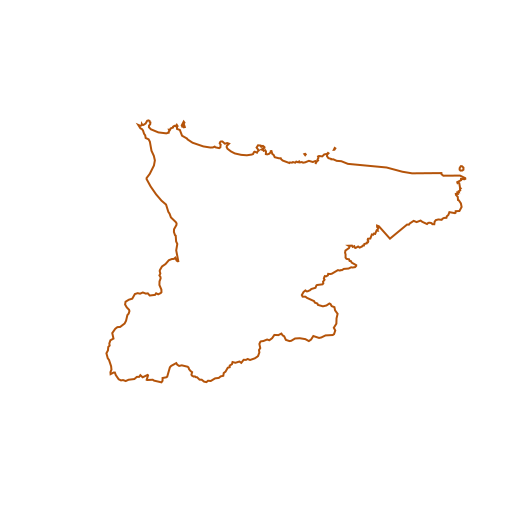 the district of Mandailing Natal, Sumatera Utara, Indonesia, rotated 116°
{"feature_id": "22746128B80893459197040", "entity_name": "Mandailing Natal", "entity_type": "district", "adm_level": 2, "iso_a3": "IDN", "parent_name": "Indonesia", "parent_adm1": "Sumatera Utara", "projection": "albers", "projection_center": [99.32, 0.78], "detail": "fine", "context": "isolated", "style": "outline", "palette": "amber", "viewbox_px": 512, "rotation_deg": 116, "n_neighbors": 0, "source": "geoboundaries", "source_scale": "gbopen_adm2", "svg_char_len": 6147}
<svg xmlns="http://www.w3.org/2000/svg" viewBox="0 0 512 512"><g transform="rotate(116 256 256)"><path d="M292.0,151.6L288.2,152.1L286.4,154.6L281.6,154.1L276.7,156.3L272.2,157.3L270.2,161.1L267.6,163.1L267.9,166.0L266.5,168.0L266.5,169.2L269.6,171.0L271.9,173.8L272.8,178.9L271.8,180.0L272.1,182.7L271.1,184.0L271.3,191.9L270.9,193.7L272.1,196.3L271.0,197.7L267.6,197.5L265.3,196.5L265.6,195.0L265.1,194.1L263.0,192.4L261.4,191.8L258.5,188.6L256.0,188.8L255.3,188.4L252.3,183.8L251.1,183.5L249.7,184.5L247.3,184.0L246.6,185.1L244.7,185.4L243.8,185.3L243.6,184.1L241.9,182.9L240.4,183.3L239.7,181.4L238.7,180.1L232.8,176.2L232.3,174.2L231.4,173.5L231.1,172.6L229.1,171.4L226.7,167.3L224.4,165.5L224.1,164.3L222.6,162.1L221.0,161.6L220.3,161.9L220.0,167.1L219.0,168.5L219.4,169.7L218.2,170.9L218.9,173.4L218.2,174.8L215.3,176.2L214.0,177.4L211.9,178.0L208.1,175.9L206.3,176.0L206.2,177.3L204.6,174.3L205.4,173.1L204.1,172.0L205.2,170.8L205.1,170.0L202.7,168.4L203.0,166.5L200.9,164.8L199.9,164.7L199.3,163.6L197.7,163.9L196.1,162.0L195.3,162.3L194.6,161.4L193.3,161.6L192.6,162.7L191.4,162.9L190.2,160.9L185.8,161.3L185.5,160.0L184.1,159.8L183.9,158.6L180.4,158.8L179.9,157.7L179.2,158.6L178.1,158.2L176.8,158.5L176.8,159.9L175.6,160.5L175.4,158.6L181.7,143.2L161.5,134.0L160.8,132.3L159.4,132.1L155.3,129.7L155.1,126.5L152.0,123.6L152.4,121.5L152.3,116.3L150.7,115.7L149.9,114.4L149.5,112.6L150.1,111.4L149.3,109.7L146.8,110.5L144.9,110.1L143.2,108.1L142.1,105.0L140.7,104.7L139.3,103.6L138.2,101.6L136.7,101.9L134.8,101.1L131.8,101.4L130.3,96.0L129.7,95.6L128.2,96.2L126.4,92.9L121.8,92.7L118.9,94.9L117.0,98.2L117.1,99.0L114.4,100.6L113.4,103.1L112.6,103.6L111.7,101.8L110.6,102.9L109.9,101.5L109.1,102.3L107.5,101.2L106.4,102.0L105.5,101.7L105.4,102.4L101.5,105.2L101.3,106.6L102.0,106.9L101.4,107.5L97.9,104.9L96.8,105.5L95.6,102.2L94.9,101.7L94.3,102.1L94.3,107.9L101.7,122.8L101.2,125.1L100.2,125.7L113.3,152.0L116.1,161.4L119.2,177.4L132.9,213.8L133.4,220.9L135.1,225.2L135.2,228.8L136.1,230.7L135.8,231.0L136.3,233.8L135.2,235.9L133.8,236.5L131.9,235.9L131.8,236.5L133.0,236.8L134.8,239.2L137.4,240.1L138.5,243.2L139.4,243.9L140.4,242.9L142.3,243.0L142.9,242.1L144.3,242.8L147.3,243.0L144.4,242.9L144.6,244.3L146.6,246.1L147.3,250.2L150.3,252.9L151.5,254.6L151.5,256.0L152.7,257.7L152.1,258.7L153.3,259.2L153.5,261.2L154.9,261.6L155.4,264.0L156.2,264.4L157.2,266.7L157.8,266.8L158.5,273.8L158.0,275.8L157.3,276.6L158.1,278.1L159.0,282.5L157.5,284.3L157.1,286.1L154.9,288.1L155.3,288.7L156.6,288.3L158.5,289.1L159.7,290.4L160.1,291.8L157.6,292.9L156.9,294.1L158.1,295.2L157.6,296.0L157.9,297.7L155.0,295.8L154.4,296.2L154.0,298.0L154.5,298.8L155.4,298.8L155.5,299.5L154.7,300.3L155.6,302.7L158.3,303.0L159.9,299.8L161.3,300.4L162.7,300.4L162.8,302.9L163.7,303.4L165.6,303.3L166.7,304.3L169.5,308.4L171.6,313.7L173.1,320.0L173.0,324.3L172.1,328.7L170.9,330.2L169.7,330.5L166.9,329.5L167.1,331.4L168.7,333.2L167.8,336.4L168.5,337.8L169.6,338.2L170.7,338.0L171.4,336.6L174.0,335.7L175.2,336.4L176.1,340.1L175.8,341.1L177.3,342.3L178.5,344.5L180.6,351.4L182.0,362.7L181.2,368.8L180.7,369.3L180.3,375.2L176.1,379.7L176.4,382.7L174.2,383.8L173.6,383.5L172.8,384.8L174.6,385.2L174.7,386.3L176.1,387.2L176.9,386.9L178.7,388.6L180.1,388.6L180.6,389.6L181.3,388.7L182.5,389.0L183.4,388.5L185.1,390.4L187.7,397.9L188.2,406.0L187.2,408.7L185.8,409.3L183.8,408.9L182.2,409.5L182.1,410.3L181.2,411.0L181.3,412.2L182.2,413.1L185.3,413.3L187.5,414.6L188.0,415.6L187.5,416.4L188.5,416.0L189.1,416.4L189.7,417.4L189.8,419.3L191.9,415.9L192.0,413.9L192.8,412.5L195.2,410.2L196.1,408.5L198.3,406.9L198.2,403.7L199.8,401.5L207.2,396.1L210.8,391.7L214.4,388.8L219.4,387.4L228.8,387.5L233.9,388.5L234.8,388.1L239.7,381.2L244.4,372.8L247.7,365.2L249.2,359.4L254.8,354.1L255.8,352.3L258.6,349.4L260.7,342.9L261.5,341.7L263.0,341.1L267.9,341.4L270.4,340.3L272.8,337.9L272.9,337.1L277.9,334.2L279.7,332.0L285.9,330.2L294.7,323.6L295.1,324.1L294.9,325.4L292.9,327.8L294.6,328.5L295.6,330.3L298.0,332.5L302.9,333.8L306.6,335.9L310.7,336.2L311.7,336.0L313.7,334.3L315.8,334.3L316.8,332.6L318.0,331.9L321.1,331.6L324.4,330.1L327.7,326.3L330.0,325.1L331.1,325.4L333.3,327.1L333.3,329.4L335.2,329.7L338.1,334.2L337.0,336.9L338.1,338.5L338.4,341.7L340.7,343.7L341.3,346.1L343.3,348.2L348.6,348.5L351.0,351.1L354.3,353.2L357.0,352.4L358.8,349.7L360.0,346.5L361.0,345.6L363.6,345.2L365.5,345.7L371.2,344.4L374.3,344.5L379.3,347.0L380.7,349.4L383.1,350.6L388.3,351.4L392.7,347.9L395.6,349.9L398.9,349.5L400.7,348.3L402.5,348.9L405.7,347.7L409.0,347.8L412.9,344.4L413.8,342.6L418.6,337.9L421.5,336.1L424.2,335.9L425.9,334.9L423.2,332.9L422.6,331.8L424.5,329.8L427.0,325.4L427.0,322.8L425.8,321.1L425.5,318.3L423.1,316.3L419.9,311.4L416.9,310.1L415.8,308.0L413.8,307.7L414.7,304.7L410.4,301.3L410.6,300.7L415.2,300.0L415.2,299.5L412.5,294.6L412.7,293.0L411.0,285.6L409.1,285.3L406.6,286.5L404.4,283.5L403.4,282.9L393.8,284.6L392.0,284.1L387.2,280.7L388.2,279.2L388.5,276.9L386.8,274.8L385.5,268.9L385.8,267.8L387.1,266.5L388.1,264.3L388.4,262.5L391.0,262.0L391.6,261.1L391.7,259.1L391.0,258.2L391.3,257.0L390.8,255.8L391.9,252.5L391.0,250.6L391.7,247.6L391.1,245.3L389.1,244.4L388.2,241.9L383.9,239.1L381.9,236.0L379.7,235.0L378.0,232.9L375.3,233.7L373.3,232.7L368.8,232.4L367.5,230.9L366.0,231.6L363.8,230.2L361.6,230.6L361.0,227.7L358.1,224.6L358.5,222.4L354.7,221.6L353.8,219.5L352.2,218.3L352.1,215.8L348.5,212.2L346.1,210.8L345.0,210.3L341.2,210.7L339.2,212.1L336.9,211.8L333.6,214.4L331.5,214.5L330.6,214.2L329.2,212.1L326.2,209.4L325.9,207.1L322.9,205.5L318.9,204.9L317.3,201.2L314.6,199.2L315.7,197.2L315.8,195.5L318.3,192.4L317.8,188.6L316.8,187.2L313.0,184.7L310.7,180.6L309.1,175.2L309.3,171.2L307.0,169.9L302.8,169.4L302.0,163.4L300.6,161.6L296.9,158.7L293.4,152.4L292.0,151.6ZM89.2,110.8L89.6,109.7L88.8,108.1L87.5,107.4L85.6,108.3L85.0,110.3L85.5,111.3L87.7,111.5L89.2,110.8ZM172.0,379.0L171.4,378.6L172.0,377.3L171.3,376.5L168.9,378.9L167.5,378.8L166.9,379.9L171.2,380.0L172.0,379.0ZM124.5,231.9L124.4,232.6L126.4,232.6L126.1,232.1L124.5,231.9ZM143.2,257.2L143.8,256.0L142.9,255.8L142.6,256.6L143.2,257.2Z" fill="none" stroke="#b45309" stroke-width="2"/></g></svg>